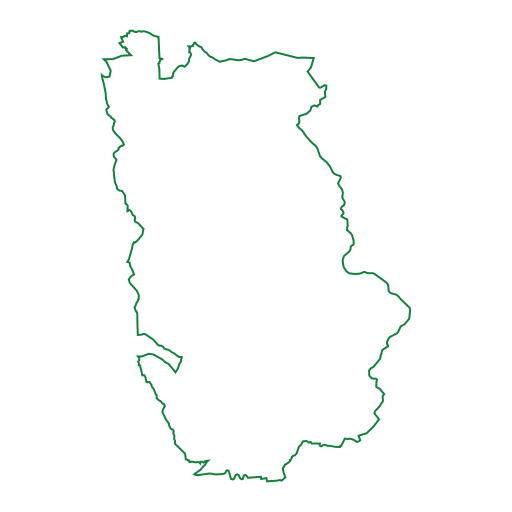 the district of Corbi, Arges, Romania
{"feature_id": "2599482B64907483378963", "entity_name": "Corbi", "entity_type": "district", "adm_level": 2, "iso_a3": "ROU", "parent_name": "Romania", "parent_adm1": "Arges", "projection": "robinson", "projection_center": [24.82, 45.271], "detail": "fine", "context": "isolated", "style": "outline", "palette": "green", "viewbox_px": 512, "rotation_deg": 0, "n_neighbors": 0, "source": "geoboundaries", "source_scale": "gbopen_adm2", "svg_char_len": 6010}
<svg xmlns="http://www.w3.org/2000/svg" viewBox="0 0 512 512"><path d="M382.8,401.4L383.0,400.2L382.6,397.6L382.7,396.3L384.2,394.1L379.7,388.8L377.0,387.4L376.2,386.6L376.5,381.5L377.0,379.9L376.3,378.9L375.6,378.7L371.9,378.5L369.5,375.9L369.1,374.3L369.3,372.0L369.0,370.8L370.8,368.4L373.4,366.9L379.9,359.1L380.6,357.2L380.5,355.5L381.2,354.4L382.2,350.4L382.6,349.8L388.0,346.4L388.0,345.5L387.0,343.7L387.0,342.2L388.2,339.1L389.9,337.0L396.9,333.3L398.4,331.4L400.6,326.5L404.3,324.4L408.9,319.2L409.3,317.9L410.1,311.0L409.7,307.9L400.5,298.9L398.1,296.1L396.1,294.6L390.6,293.1L388.7,291.1L388.3,286.3L387.9,284.5L387.1,283.1L374.7,274.0L372.9,273.2L368.0,273.2L364.2,271.9L360.5,273.4L356.2,274.1L349.6,273.4L346.7,271.6L343.9,267.5L343.3,265.6L342.6,260.1L343.9,256.2L349.9,250.8L350.5,249.2L350.6,247.1L351.6,245.6L353.3,244.8L353.7,243.9L353.6,240.5L352.1,235.2L350.9,233.4L347.0,230.1L347.2,227.3L347.7,225.6L347.3,219.7L346.5,218.9L345.2,218.6L341.4,216.4L341.4,215.7L343.3,213.8L343.6,213.0L342.4,210.3L341.1,209.4L341.1,208.0L341.8,206.7L344.2,205.0L344.8,202.2L342.2,197.4L342.9,192.9L342.0,189.2L339.9,186.8L338.1,183.4L340.9,177.4L340.3,176.0L336.8,175.0L333.4,173.2L330.1,166.8L326.6,162.1L322.4,158.8L320.0,156.2L317.2,147.9L315.6,145.7L312.1,142.9L306.3,136.6L302.3,130.6L298.8,127.7L297.0,125.2L297.2,124.6L298.3,124.1L299.1,123.1L299.4,121.0L298.9,118.3L299.5,116.0L306.5,113.8L310.3,110.5L311.5,106.7L314.5,105.4L317.5,106.5L318.1,105.2L320.2,103.9L320.1,99.9L325.4,96.9L324.8,91.7L326.3,89.1L326.3,85.6L324.7,85.1L320.4,87.7L319.2,87.6L307.6,71.6L311.0,67.4L313.7,58.0L302.4,57.6L297.5,57.9L275.4,52.3L268.0,56.0L254.0,61.3L244.8,58.8L241.8,59.9L238.1,60.2L229.5,59.0L225.4,60.6L222.4,61.0L220.0,61.8L215.0,59.3L211.7,57.0L210.5,56.9L208.6,55.4L206.8,53.0L204.4,51.5L201.9,48.5L201.5,47.2L199.2,46.4L195.9,43.9L195.5,42.9L195.0,42.6L194.2,42.8L193.7,44.2L193.1,44.7L192.9,46.0L192.3,45.9L190.6,46.7L190.2,46.3L188.5,46.3L190.0,48.1L189.8,48.8L189.4,49.0L189.6,51.6L189.2,52.1L190.2,52.7L190.9,53.8L191.0,54.8L190.1,57.2L189.2,58.5L188.8,61.9L187.2,64.2L184.4,66.8L181.9,65.5L179.0,66.2L176.9,68.3L173.3,72.6L172.8,76.3L172.2,76.5L171.9,77.8L163.5,79.0L159.6,78.6L159.3,68.2L158.3,63.7L159.5,62.9L159.4,61.7L160.0,61.1L160.1,60.1L160.5,59.5L163.1,59.1L159.5,58.3L158.5,37.0L153.2,35.5L150.0,33.3L145.8,31.7L143.9,31.2L141.2,31.7L140.0,31.2L138.8,31.2L136.2,32.1L134.2,31.7L132.9,30.7L129.6,30.9L129.2,33.2L127.1,33.4L126.9,36.3L125.6,35.8L124.5,35.9L123.9,36.7L121.0,37.2L123.1,41.7L119.5,43.1L122.7,47.4L125.3,47.2L125.5,47.5L124.9,47.9L125.9,48.5L126.6,48.5L126.9,48.8L125.9,50.0L131.0,55.2L121.8,55.7L113.1,59.1L103.8,59.3L106.6,61.9L110.7,70.8L109.5,76.6L105.4,77.3L102.3,75.6L101.9,75.2L102.3,78.4L103.6,82.8L105.7,93.3L106.0,99.2L106.8,101.6L107.0,103.3L108.8,106.9L106.5,109.4L106.5,110.8L107.4,113.8L108.5,115.1L110.6,116.5L110.9,117.4L114.2,119.8L114.9,121.3L114.0,123.0L113.7,125.4L112.8,127.0L112.8,128.9L113.3,130.5L115.7,133.8L120.1,138.1L122.7,141.7L123.9,144.6L122.4,145.9L121.5,145.7L118.5,147.9L118.7,148.9L118.2,150.0L114.5,152.5L113.6,154.1L113.8,156.5L116.2,159.3L116.4,160.0L114.6,165.0L113.6,169.2L113.5,170.6L114.0,172.5L113.9,173.6L114.9,182.2L116.9,186.8L116.9,188.3L117.2,189.0L119.0,190.4L122.1,191.0L125.1,195.5L125.4,203.7L126.5,204.2L127.7,205.6L127.4,211.2L128.0,211.0L128.9,209.9L130.3,210.6L131.3,211.7L132.8,215.1L134.7,216.2L135.2,218.2L134.6,220.0L135.3,221.8L138.1,223.2L143.6,229.1L143.1,230.2L142.5,234.2L142.0,235.1L137.4,240.6L135.0,242.6L134.0,242.2L132.7,244.7L132.0,248.6L128.8,259.6L127.3,261.9L129.7,262.6L130.2,266.2L132.2,269.6L134.1,274.5L130.9,276.4L128.8,279.4L129.8,282.9L136.8,290.7L138.8,295.2L138.7,298.8L138.4,298.9L137.8,301.0L136.6,302.7L135.4,306.0L134.5,307.2L135.9,311.4L136.5,311.5L136.9,312.4L137.4,315.3L137.3,319.3L137.8,334.9L140.5,334.8L143.6,334.0L145.2,334.1L153.0,339.4L158.2,345.1L159.6,345.7L161.0,345.7L163.3,346.9L164.1,348.5L169.8,350.5L171.6,352.1L174.3,353.5L178.7,356.9L181.7,357.0L181.7,358.0L181.0,359.6L181.3,360.9L179.4,363.9L177.9,368.5L175.5,372.3L168.7,364.0L164.8,361.9L162.5,359.6L153.5,354.5L148.6,353.8L141.8,356.5L138.0,356.4L139.2,358.0L139.3,359.7L138.2,361.5L138.4,362.5L138.9,363.1L138.8,365.1L139.6,365.1L140.1,365.5L142.3,375.4L144.0,375.1L145.0,376.3L145.6,377.7L146.4,381.9L147.1,382.2L149.4,382.0L151.5,384.9L151.7,386.4L153.8,389.1L155.8,394.4L156.6,395.0L156.7,398.3L159.2,400.5L160.9,401.4L161.8,402.7L163.0,403.7L164.1,404.2L164.9,406.5L163.8,407.7L162.8,409.8L162.4,412.0L166.2,419.9L168.9,423.5L169.2,425.7L170.1,427.7L171.8,429.4L173.0,429.7L173.7,431.3L173.2,433.5L174.0,434.5L174.4,436.4L174.1,438.4L175.0,441.0L175.0,443.8L185.1,453.7L185.8,459.4L187.3,459.6L188.2,460.6L189.1,460.4L189.5,461.0L189.5,462.0L192.7,461.7L194.8,462.3L199.2,462.1L200.1,463.3L200.3,462.2L201.0,461.7L201.8,461.7L203.4,462.6L205.0,461.1L208.1,460.7L206.2,462.6L205.3,464.5L202.8,466.9L200.9,469.5L194.3,474.2L195.8,475.0L197.4,475.2L209.5,473.5L215.5,474.4L220.6,474.2L223.7,473.8L224.9,473.3L225.4,472.8L226.4,470.7L227.6,470.3L228.3,470.6L228.9,471.3L230.9,478.8L232.7,479.5L233.6,479.2L234.2,478.4L235.7,474.9L237.4,474.3L238.6,475.0L240.1,478.2L241.4,479.3L242.7,479.0L243.8,475.6L245.1,475.0L246.4,475.6L248.0,477.8L260.9,476.8L261.2,479.0L266.3,478.1L267.1,481.3L277.8,480.6L279.0,480.1L280.6,480.1L281.7,480.6L285.4,477.3L284.9,476.6L282.9,469.8L283.1,467.7L284.0,466.8L284.9,464.6L285.8,464.4L289.6,461.7L289.9,461.0L289.9,459.9L291.2,459.4L292.0,456.9L292.8,456.0L294.6,455.4L296.5,453.7L298.9,446.8L301.2,444.5L302.8,441.4L306.5,441.0L309.0,442.6L310.7,442.0L311.8,443.5L319.9,443.5L319.7,445.4L320.4,446.1L321.7,446.3L323.3,444.9L325.9,445.1L327.6,445.8L329.8,445.8L335.1,446.8L339.9,447.0L340.3,445.9L341.3,445.8L344.8,438.6L347.8,439.0L349.7,438.7L351.5,439.0L354.0,440.0L357.0,441.9L358.9,441.3L360.2,440.3L358.6,435.7L366.6,433.3L373.4,426.6L379.1,419.3L374.5,413.6L374.6,412.2L375.6,410.5L380.2,405.7L380.6,404.5L382.8,401.4Z" fill="none" stroke="#15803d" stroke-width="2"/></svg>